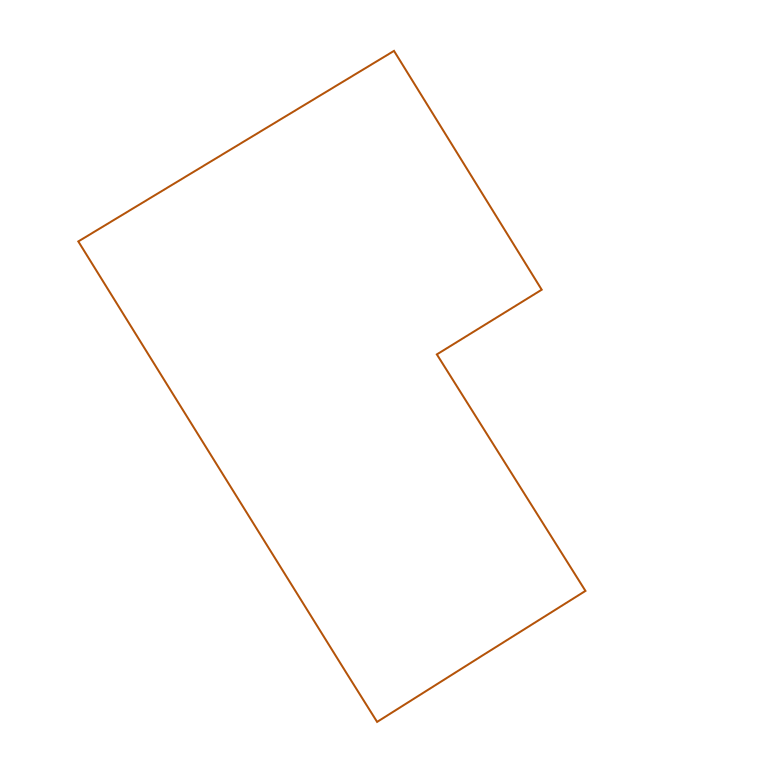 Menominee, Wisconsin, United States of America (Robinson projection), rotated 238°
{"feature_id": "52423323B25535404345073", "entity_name": "Menominee", "entity_type": "district", "adm_level": 2, "iso_a3": "USA", "parent_name": "United States of America", "parent_adm1": "Wisconsin", "projection": "robinson", "projection_center": [-88.76, 44.987], "detail": "fine", "context": "isolated", "style": "outline", "palette": "amber", "viewbox_px": 768, "rotation_deg": 238, "n_neighbors": 0, "source": "geoboundaries", "source_scale": "gbopen_adm2", "svg_char_len": 286}
<svg xmlns="http://www.w3.org/2000/svg" viewBox="0 0 768 768"><g transform="rotate(238 384 384)"><path d="M488.2,199.7L159.7,199.0L101.1,199.1L101.6,323.5L101.8,445.2L381.1,444.5L380.4,567.7L661.2,569.0L666.9,200.3L488.2,199.7Z" fill="none" stroke="#b45309" stroke-width="2"/></g></svg>